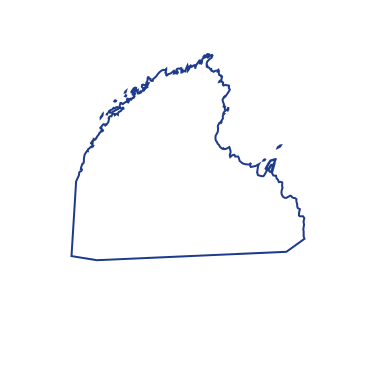 Sandgerðisbær, Suðurnes, Iceland, rotated 126°
{"feature_id": "244011B94929237668673", "entity_name": "Sandgerðisbær", "entity_type": "district", "adm_level": 2, "iso_a3": "ISL", "parent_name": "Iceland", "parent_adm1": "Suðurnes", "projection": "equal_earth", "projection_center": [-22.71, 64.01], "detail": "fine", "context": "isolated", "style": "outline", "palette": "blue", "viewbox_px": 384, "rotation_deg": 126, "n_neighbors": 0, "source": "geoboundaries", "source_scale": "gbopen_adm2", "svg_char_len": 6060}
<svg xmlns="http://www.w3.org/2000/svg" viewBox="0 0 384 384"><g transform="rotate(126 192 192)"><path d="M303.1,228.9L184.9,80.5L163.7,73.5L163.0,74.7L162.1,75.7L158.4,78.4L156.8,80.0L152.5,82.2L150.5,84.3L147.1,85.8L146.4,87.9L148.2,90.5L148.2,91.6L146.3,93.0L142.5,94.6L142.8,97.0L142.5,97.5L141.8,98.4L140.0,99.8L138.2,102.1L136.4,103.3L136.4,105.2L137.2,106.5L137.4,107.9L136.9,109.2L137.2,110.3L141.4,112.3L142.2,113.7L142.4,115.4L141.4,117.7L140.2,119.1L138.2,120.3L135.2,121.3L134.4,122.5L131.4,124.4L131.2,124.9L131.9,126.6L132.9,127.4L132.8,127.9L131.5,129.7L131.4,131.4L129.4,133.7L130.2,134.6L130.8,136.0L129.6,138.5L120.2,142.0L119.5,142.7L115.3,143.8L122.1,142.3L121.8,142.1L129.0,139.9L129.9,140.6L129.3,143.1L123.2,143.5L123.4,143.9L125.7,143.9L128.1,143.5L128.7,146.0L120.7,146.8L118.2,144.9L117.7,145.0L120.4,147.1L123.9,147.0L129.8,146.3L130.5,144.0L136.4,143.4L137.4,143.7L138.3,145.1L139.5,148.2L139.5,148.8L138.1,150.2L138.1,150.7L131.8,154.0L130.1,154.2L133.7,155.9L137.2,159.1L136.9,159.9L135.5,161.1L133.8,161.3L136.1,161.9L136.5,162.4L138.2,165.2L139.1,167.8L138.9,171.6L136.6,174.6L136.2,175.5L137.9,178.0L137.0,179.5L137.3,180.0L138.7,181.1L141.2,181.6L140.1,183.1L137.2,184.1L136.2,184.9L133.7,188.2L136.9,189.7L138.2,190.9L138.8,192.0L138.3,192.4L139.2,193.1L139.1,195.8L138.1,197.7L137.8,199.8L136.8,201.3L136.5,202.7L135.5,204.0L132.8,205.9L128.2,206.5L125.2,208.3L123.9,209.6L122.7,210.1L120.0,210.5L118.8,209.5L119.0,209.1L118.5,209.0L117.8,209.4L118.1,210.0L114.3,210.2L112.9,211.5L111.8,212.0L110.3,211.9L110.7,212.4L110.0,212.9L107.9,213.1L106.7,212.7L106.2,212.9L105.6,214.3L103.6,215.4L104.3,216.1L104.4,216.6L102.4,217.5L100.2,220.8L99.3,221.5L96.2,222.0L95.8,221.9L96.2,221.4L94.9,221.1L88.4,221.3L86.8,221.7L86.3,223.3L84.5,224.3L84.2,224.9L85.2,226.4L85.5,227.7L87.4,229.2L87.1,230.1L85.3,230.9L85.1,231.3L85.4,232.3L84.6,233.6L84.7,233.9L86.4,234.2L87.0,234.7L86.1,234.9L83.7,234.3L81.1,235.4L80.9,235.8L81.4,236.4L80.7,237.1L81.4,238.6L79.6,240.7L78.7,241.1L79.2,241.7L78.2,241.8L77.6,242.5L78.7,242.8L80.4,244.5L82.1,245.2L82.1,246.6L82.5,247.4L81.2,248.7L82.0,249.2L81.4,251.2L81.8,252.4L81.2,253.3L81.8,253.3L82.0,253.7L79.6,255.6L77.5,256.3L74.7,256.0L71.9,255.1L69.6,255.6L69.3,256.2L69.8,256.9L74.0,258.3L74.0,258.6L71.7,258.6L70.6,259.1L71.3,260.5L71.9,260.8L73.8,260.4L75.6,260.6L77.3,261.7L78.5,261.8L81.7,260.0L82.7,260.0L82.6,260.7L83.2,261.3L81.2,262.1L80.8,262.9L81.2,263.3L86.8,263.2L90.4,262.0L88.2,263.4L87.7,264.3L88.6,264.7L88.8,265.2L89.9,265.3L91.6,266.4L90.3,266.9L90.4,267.5L91.8,267.7L93.7,266.7L96.0,266.7L94.4,267.9L94.5,268.9L92.9,269.3L92.3,270.0L96.2,269.2L98.3,268.0L98.6,268.5L98.4,269.2L98.7,269.9L100.7,270.1L101.3,270.6L99.7,271.4L100.5,271.6L98.1,273.4L98.3,273.8L99.3,274.1L100.0,275.5L101.2,276.4L102.7,276.3L103.3,275.8L102.9,274.9L103.6,273.7L105.0,273.6L105.1,273.9L104.6,275.1L105.7,275.4L105.3,276.0L106.4,276.4L104.8,277.1L104.5,277.9L108.6,278.9L110.2,280.2L112.6,280.9L112.7,281.5L111.1,282.6L111.2,283.6L108.7,284.4L107.6,285.2L108.9,285.4L109.8,286.2L109.8,286.7L111.2,287.8L113.6,288.6L116.4,289.0L119.5,288.9L124.0,289.9L124.9,289.7L124.9,289.2L125.2,289.1L125.9,290.0L126.1,291.1L125.8,291.7L124.8,292.2L125.5,294.4L124.7,294.7L124.8,295.0L125.8,294.9L125.7,294.2L127.3,294.0L128.5,293.3L130.7,293.1L131.0,292.8L129.5,291.1L132.5,290.5L133.4,289.7L135.2,290.5L138.1,290.6L137.7,291.4L138.2,291.7L141.7,291.8L142.5,292.3L141.7,293.0L143.7,293.2L144.0,293.6L143.3,294.2L143.5,294.7L141.5,295.7L142.8,296.2L142.9,296.9L143.3,297.2L144.6,297.2L145.5,296.6L146.5,297.7L147.6,297.7L148.0,297.3L146.6,295.7L148.6,295.4L148.6,294.7L150.1,294.5L151.0,295.5L152.7,295.4L152.6,296.5L153.9,297.5L154.4,299.0L155.1,299.1L155.8,298.7L155.8,298.3L154.5,296.4L157.1,296.3L157.3,297.9L158.0,298.5L161.5,299.7L161.8,300.1L161.4,301.4L162.1,302.2L164.7,301.2L166.4,299.4L165.9,298.3L164.3,297.5L164.3,296.9L164.9,296.4L166.1,297.3L167.9,297.1L170.5,298.3L171.6,298.2L173.1,297.4L173.0,298.9L175.1,299.6L174.3,300.4L175.0,301.4L176.4,302.0L178.1,301.7L178.5,302.5L179.7,303.1L181.0,303.0L181.3,302.8L181.0,302.4L181.3,302.2L184.6,300.8L187.7,300.8L189.0,301.2L188.4,302.0L189.0,302.4L189.0,303.2L189.3,303.6L194.0,303.9L194.3,303.5L193.5,302.9L193.6,302.4L195.2,301.1L194.4,300.3L194.6,300.0L196.0,300.5L196.6,301.5L197.7,301.2L199.3,301.6L200.2,301.2L203.3,301.4L204.1,301.0L205.3,301.4L205.8,301.0L207.0,301.4L207.0,302.7L207.8,302.3L209.3,302.6L209.8,302.4L209.7,301.8L210.0,301.8L211.1,302.6L211.6,302.5L211.8,302.4L210.8,301.2L211.2,300.9L212.5,300.6L212.5,299.0L213.4,298.9L213.8,299.5L214.7,299.5L214.8,300.3L215.3,300.5L217.6,300.8L218.3,301.2L219.2,301.0L220.2,300.2L220.7,301.1L224.9,300.8L227.9,299.4L231.5,297.1L232.9,296.7L233.4,297.2L234.0,297.2L237.7,296.0L238.8,295.4L238.4,294.5L238.9,294.0L240.3,293.9L241.2,294.6L242.4,294.7L245.0,293.3L251.5,292.0L314.7,251.8L303.1,228.9ZM175.3,304.6L175.5,304.1L175.2,303.7L169.8,301.5L168.4,300.5L167.3,300.5L167.0,300.9L167.0,302.1L167.8,303.0L169.8,303.8L170.0,304.9L172.0,304.9L173.2,305.9L175.5,306.7L176.4,306.4L176.4,305.6L175.3,304.6ZM134.7,295.3L136.0,294.7L136.6,293.8L136.8,292.4L134.8,291.4L133.7,291.2L132.2,291.5L131.9,292.0L133.6,293.5L133.9,294.8L134.7,295.3ZM146.5,300.0L146.8,299.7L146.2,299.3L144.0,299.0L142.4,297.7L141.8,297.6L140.6,298.3L140.6,298.9L141.3,299.6L142.5,300.1L146.5,300.0ZM106.1,148.7L103.9,147.5L102.0,147.5L102.4,148.0L105.3,148.9L106.1,148.7ZM102.9,212.3L105.1,211.8L105.1,211.0L103.9,211.1L102.7,212.0L102.9,212.3ZM185.3,309.9L185.9,309.4L182.8,309.3L181.9,309.8L185.3,309.9ZM164.3,308.2L164.2,307.4L163.4,306.9L162.8,307.0L162.8,307.9L163.1,308.2L164.3,308.2ZM75.8,262.2L75.8,261.7L75.3,261.5L73.9,261.7L74.2,262.2L75.8,262.2ZM153.8,302.4L153.6,301.7L152.5,302.0L152.5,302.4L153.8,302.4ZM124.6,152.7L123.9,152.0L122.8,151.9L122.8,152.3L123.8,152.8L124.6,152.7ZM151.0,304.7L150.6,304.3L149.1,304.8L149.9,305.0L151.0,304.7ZM179.4,306.6L179.3,306.3L178.3,306.6L178.7,306.8L179.4,306.6ZM180.9,310.5L181.5,310.2L180.6,310.5L180.9,310.5Z" fill="none" stroke="#1e3a8a" stroke-width="2"/></g></svg>